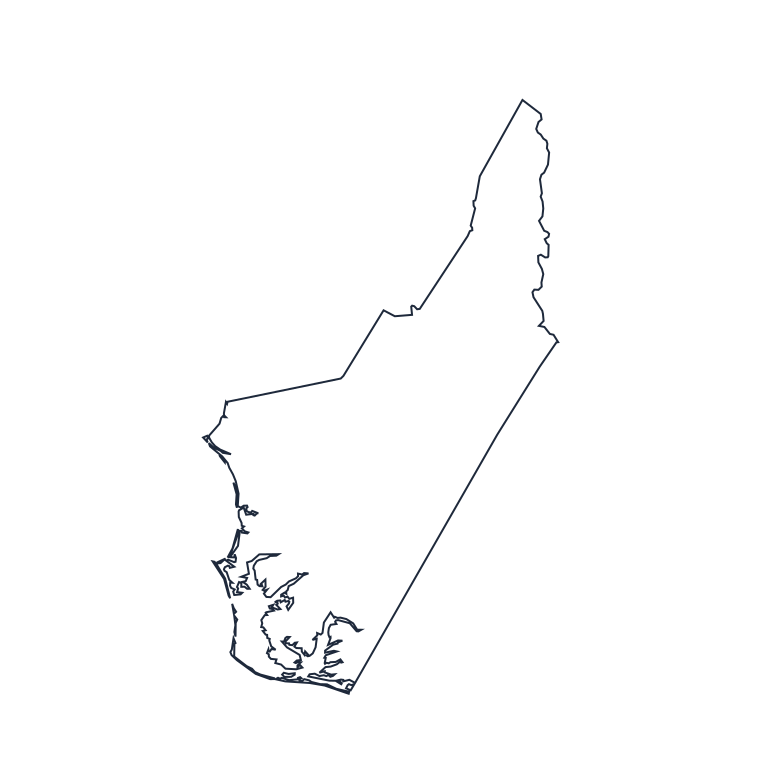 the border of North Carolina, rotated 120°
{"feature_id": "USA-3549", "entity_name": "North Carolina", "entity_type": "State", "adm_level": 1, "iso_a3": "USA", "parent_name": "United States of America", "parent_adm1": "", "projection": "equal_earth", "projection_center": [-78.085, 35.229], "detail": "fine", "context": "isolated", "style": "outline", "palette": "slate", "viewbox_px": 768, "rotation_deg": 120, "n_neighbors": 0, "source": "natural_earth", "source_scale": "10m", "svg_char_len": 6167}
<svg xmlns="http://www.w3.org/2000/svg" viewBox="0 0 768 768"><g transform="rotate(120 384 384)"><path d="M657.3,259.6L657.5,266.1L661.9,270.6L660.6,271.3L661.5,273.5L664.8,277.0L663.3,273.8L664.5,270.9L665.4,270.9L665.2,277.6L668.2,282.9L675.1,303.4L672.6,303.3L669.5,299.1L669.2,293.9L666.3,290.5L665.8,287.9L663.8,286.6L664.4,284.1L662.4,282.3L660.0,281.5L662.1,284.4L663.4,291.2L662.4,291.7L666.3,295.6L658.4,293.1L655.4,288.9L650.3,284.7L645.5,282.8L646.6,281.7L645.7,280.8L644.3,284.1L648.8,286.8L651.7,291.3L653.5,292.2L654.2,294.4L655.8,295.2L655.4,295.8L650.4,297.5L650.9,298.8L648.0,298.8L639.2,291.1L640.1,294.0L646.1,300.7L644.3,301.7L635.2,297.7L632.0,294.4L630.8,294.7L627.1,291.7L629.1,295.6L637.9,302.0L630.8,303.2L629.7,303.9L630.6,304.6L629.1,306.5L626.9,308.1L622.9,309.7L619.2,309.8L615.6,305.2L614.4,307.4L612.8,307.4L611.4,305.7L608.3,294.0L611.8,284.1L611.1,282.5L608.2,280.8L610.2,284.4L606.7,291.0L606.4,299.1L608.1,304.9L609.8,307.2L610.2,310.2L611.3,310.4L608.4,316.1L620.6,316.8L630.3,312.8L632.6,313.5L633.1,317.4L635.0,316.1L641.4,318.0L638.3,314.9L646.2,311.6L652.9,311.0L656.6,312.5L657.9,313.9L657.8,315.4L656.3,314.5L655.0,318.6L658.4,317.4L656.8,321.4L654.0,323.2L656.5,327.9L656.2,330.3L651.4,330.2L652.7,331.9L656.0,332.8L657.2,335.6L656.1,336.6L657.6,339.2L656.4,340.6L650.3,339.2L651.5,341.6L653.2,342.4L657.1,341.8L658.1,343.7L660.6,336.3L660.8,321.6L664.6,318.0L667.1,321.3L669.9,322.2L669.8,320.9L667.6,319.2L666.5,316.8L671.0,318.2L672.4,317.4L669.4,316.1L670.4,312.9L674.9,317.3L679.8,327.0L678.4,332.8L680.0,338.6L676.3,339.4L678.6,344.5L677.7,347.4L675.7,348.6L675.6,350.8L671.7,351.4L673.2,350.2L672.9,349.2L669.8,348.9L668.3,345.0L667.6,350.5L663.6,355.0L661.9,355.5L662.3,358.1L659.7,359.8L660.2,361.2L658.5,365.5L656.5,363.4L655.1,366.8L655.9,368.8L652.1,369.8L649.8,372.2L643.8,371.7L642.5,369.7L641.4,372.1L640.6,371.9L635.3,366.0L634.7,368.1L635.5,370.7L634.0,372.6L630.6,369.5L633.5,369.5L632.5,363.4L630.7,361.2L629.1,366.9L627.4,366.2L626.2,367.5L627.6,369.5L625.1,368.1L623.3,365.6L624.7,364.3L620.7,362.0L621.8,360.5L619.6,358.1L619.9,357.1L621.7,356.6L625.3,357.2L627.5,354.0L618.9,353.2L614.5,355.9L617.4,358.6L616.4,361.1L618.4,363.1L617.4,365.0L619.4,366.9L617.9,367.7L614.3,365.8L614.5,363.7L612.6,365.0L610.5,364.4L606.7,365.5L602.1,362.3L589.9,358.2L585.8,354.7L587.7,358.7L589.9,359.6L591.2,363.7L593.4,362.3L596.3,363.1L602.5,367.6L606.8,368.8L611.2,371.6L625.3,375.6L627.2,379.4L625.6,383.2L620.5,382.4L623.0,384.4L623.0,386.1L618.8,385.2L612.7,388.9L618.9,390.8L620.1,390.1L619.0,389.4L620.0,388.2L621.3,390.8L620.9,393.2L617.1,395.9L617.5,397.4L610.3,402.7L609.2,404.9L606.4,405.9L601.1,405.6L598.7,404.1L593.5,398.5L589.9,396.7L586.5,391.4L584.0,390.1L593.9,406.8L603.5,410.1L607.0,413.4L615.9,406.1L622.4,411.3L620.4,405.6L623.9,405.2L626.0,407.5L626.4,402.4L628.5,398.0L629.8,400.1L629.3,403.4L631.0,406.2L627.8,407.9L628.0,410.5L633.3,409.8L634.0,408.1L637.7,407.2L635.7,402.4L637.9,403.0L641.6,408.2L639.2,410.8L636.6,410.6L637.0,414.4L635.6,416.5L632.9,417.9L631.9,415.9L631.0,420.1L625.6,426.2L625.5,428.7L624.5,430.0L622.2,430.2L619.4,428.4L619.1,426.9L620.3,425.6L617.1,422.3L615.9,432.4L614.1,431.2L613.2,424.7L612.2,423.7L608.7,425.1L606.1,428.2L609.0,426.9L611.0,430.8L597.2,429.5L583.2,435.4L582.5,433.8L583.7,432.7L581.7,427.6L580.4,427.3L581.2,430.8L580.1,434.9L577.4,434.0L577.9,436.3L575.5,437.9L571.8,443.2L567.2,446.1L565.9,446.4L561.2,443.7L566.1,438.0L561.7,432.1L562.9,431.5L562.6,430.2L559.6,429.4L558.8,428.2L559.8,434.7L561.6,434.8L562.7,437.3L562.6,439.7L560.4,441.1L558.8,440.6L557.8,441.8L559.5,444.6L562.6,446.2L562.9,449.6L551.7,455.1L542.3,463.8L537.8,469.6L533.9,476.1L530.6,479.9L527.6,487.9L525.0,503.5L522.8,506.1L524.2,499.4L523.6,491.9L524.2,489.2L521.3,481.4L522.7,493.1L522.2,499.2L520.6,504.0L518.0,508.5L516.3,509.7L500.6,506.6L494.8,508.0L492.3,507.4L492.7,505.9L491.8,504.2L491.1,506.8L489.4,508.0L478.6,511.9L479.6,510.0L477.6,510.6L400.9,424.2L397.3,423.2L320.4,421.2L319.9,408.5L310.1,394.3L303.4,399.1L302.1,398.8L301.5,396.7L302.7,392.7L301.1,390.6L214.1,385.5L208.7,386.1L206.7,384.4L204.6,385.8L203.5,388.1L186.3,392.9L184.8,395.5L180.9,398.0L179.4,396.8L177.1,397.3L156.2,404.9L68.8,406.1L71.8,383.3L76.1,379.8L79.8,381.2L87.0,379.7L89.3,376.5L89.6,373.0L91.8,368.7L92.1,365.0L94.3,362.6L98.4,360.8L101.0,356.7L112.0,351.7L120.9,351.0L124.0,352.3L128.7,351.3L139.9,342.6L143.4,342.0L146.7,337.9L152.4,333.8L159.6,330.6L165.2,331.3L171.2,321.9L170.7,318.4L171.4,316.1L174.2,315.2L178.2,317.2L180.7,313.5L181.2,311.0L191.2,305.6L192.4,305.6L193.8,307.7L193.6,312.8L196.0,314.6L201.5,311.1L205.4,304.8L209.2,301.0L217.4,298.4L220.8,296.1L225.2,297.3L227.1,301.0L230.3,301.3L234.1,297.9L241.5,283.5L243.8,281.4L249.6,277.3L256.2,278.9L254.4,273.6L257.7,265.4L256.6,261.8L260.7,254.1L261.8,255.5L291.0,257.8L371.2,260.6L657.3,259.6ZM669.9,259.7L674.8,284.6L680.1,298.9L690.9,320.8L693.9,330.3L691.4,328.9L691.2,326.7L689.6,325.6L687.9,318.1L682.9,311.0L681.6,311.6L679.8,310.1L680.1,308.5L681.3,309.6L682.9,309.0L682.1,306.3L679.5,305.5L678.1,300.7L678.3,297.8L675.8,289.1L672.6,283.2L671.8,272.9L667.9,260.3L669.9,259.7ZM696.5,335.0L699.2,350.1L696.7,373.3L695.0,380.4L693.0,383.0L690.1,383.0L679.4,387.2L682.6,383.1L683.7,383.7L694.9,377.5L697.0,361.9L696.6,355.9L698.0,351.8L697.4,345.7L693.7,332.0L694.4,331.5L696.5,335.0ZM631.9,424.3L646.5,410.1L645.0,412.7L632.8,425.0L623.3,443.7L622.7,441.9L623.7,439.1L631.9,424.3ZM682.8,321.6L679.1,316.7L680.3,316.0L684.0,318.0L687.5,323.8L686.6,326.9L684.2,326.4L682.8,321.6ZM585.9,435.6L608.8,431.6L612.5,432.7L602.1,433.0L582.7,438.0L585.9,435.6ZM665.9,259.7L666.5,264.7L663.0,264.9L661.5,264.3L661.1,261.7L658.6,259.6L665.9,259.7ZM548.6,459.2L564.7,449.5L562.3,452.0L553.2,456.5L544.7,465.1L548.6,459.2ZM661.4,393.3L665.0,393.0L677.0,386.3L673.6,389.6L667.2,392.1L659.5,397.9L661.4,393.3ZM520.8,510.0L522.8,507.4L520.8,513.9L517.3,511.3L519.0,509.1L520.8,510.0ZM620.8,436.0L622.8,438.7L621.8,439.2L614.4,434.0L620.8,436.0ZM655.2,398.2L658.1,399.1L650.3,405.6L653.2,402.1L655.2,398.2ZM527.6,491.1L529.7,483.7L531.5,482.7L528.6,490.0L527.6,491.1Z" fill="none" stroke="#1e293b" stroke-width="2"/></g></svg>